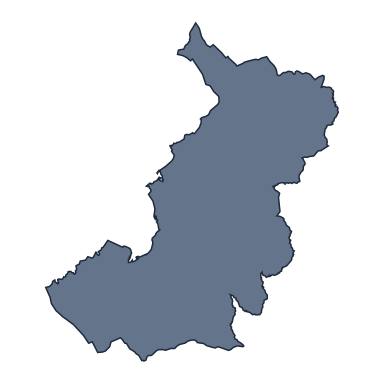 Zapayán, Magdalena, Colombia (Mercator projection)
{"feature_id": "7082276B87422252526741", "entity_name": "Zapayán", "entity_type": "district", "adm_level": 2, "iso_a3": "COL", "parent_name": "Colombia", "parent_adm1": "Magdalena", "projection": "mercator", "projection_center": [-74.689, 10.137], "detail": "fine", "context": "isolated", "style": "filled", "palette": "slate", "viewbox_px": 384, "rotation_deg": 0, "n_neighbors": 0, "source": "geoboundaries", "source_scale": "gbopen_adm2", "svg_char_len": 5997}
<svg xmlns="http://www.w3.org/2000/svg" viewBox="0 0 384 384"><path d="M88.6,343.2L92.3,341.9L97.7,352.5L102.7,352.0L105.6,350.9L109.7,346.7L111.0,341.9L120.4,337.8L122.5,339.8L124.8,343.2L126.5,343.4L129.7,348.8L134.5,351.7L136.2,353.8L138.8,355.4L141.8,360.6L143.2,360.4L143.9,361.0L145.8,360.3L147.2,356.5L148.9,355.4L150.8,355.6L152.1,354.9L156.5,350.7L158.3,349.7L163.2,349.6L165.5,350.3L170.7,348.5L174.7,348.5L177.2,345.9L179.9,344.4L185.3,343.0L187.6,341.2L191.8,340.0L195.4,340.2L197.4,342.6L203.6,343.5L206.8,345.7L209.1,346.4L215.1,348.0L218.1,346.7L228.6,350.4L230.9,349.5L233.4,347.3L237.4,345.9L242.9,346.7L243.6,346.3L243.7,345.6L241.1,343.2L237.7,341.2L237.2,339.9L235.0,338.8L234.3,337.0L235.0,335.7L233.0,332.5L232.3,330.1L231.4,329.5L231.5,327.0L230.2,325.3L230.5,324.3L231.1,324.3L231.4,322.6L232.1,322.5L233.4,316.6L235.2,314.4L234.7,312.5L235.7,310.9L235.2,310.1L235.4,308.1L232.7,306.7L232.9,305.7L232.1,304.5L232.6,301.0L231.9,298.5L231.0,297.7L231.0,295.9L230.3,294.7L233.3,295.9L234.0,297.5L236.0,298.2L235.9,299.3L236.7,300.6L237.9,301.3L239.7,306.5L242.3,307.8L243.4,310.4L244.9,310.5L245.0,311.4L246.7,311.5L246.7,311.0L247.7,312.0L249.5,312.2L252.7,314.7L255.0,314.2L255.8,314.9L259.8,314.6L261.4,312.4L261.7,309.1L262.8,307.1L262.6,304.3L263.8,302.9L264.2,300.2L265.6,299.4L266.5,299.5L267.3,298.4L267.2,294.9L265.5,292.8L264.9,290.5L262.8,288.0L263.4,287.4L262.8,287.2L263.1,286.7L262.1,286.4L263.2,282.1L261.9,281.0L261.9,280.0L261.0,278.8L261.6,277.8L260.8,276.8L260.7,273.8L262.1,272.3L262.1,273.6L263.2,275.4L265.0,275.7L266.4,277.4L267.7,276.5L269.1,276.5L269.3,275.2L270.3,276.2L272.2,274.7L274.5,275.3L277.6,274.1L278.2,272.8L278.8,273.2L279.6,272.8L280.2,271.5L281.6,271.0L281.5,269.9L282.7,267.9L282.4,267.6L286.6,265.9L291.4,260.3L292.0,257.3L293.2,255.8L292.9,255.2L293.7,254.6L292.9,253.4L294.2,250.8L292.6,250.1L292.5,248.2L291.3,247.2L290.8,244.2L289.5,243.2L290.0,242.5L289.9,240.9L290.5,240.9L290.7,240.2L289.5,239.3L289.0,237.1L290.1,235.8L290.0,234.1L290.8,233.6L291.5,231.3L290.1,230.4L289.4,227.7L286.3,225.0L285.6,222.9L283.6,219.9L284.0,219.0L282.9,217.8L279.8,216.3L276.8,215.9L280.0,211.6L278.5,197.4L279.6,193.3L277.3,191.2L275.1,190.2L273.3,186.7L274.3,187.1L275.2,186.0L274.8,185.6L277.9,184.7L277.8,183.8L280.8,182.8L283.9,182.7L284.3,183.7L285.3,184.0L285.4,183.3L286.5,182.6L288.4,183.3L290.2,182.6L291.9,183.5L293.5,182.3L297.0,183.3L297.8,182.1L299.8,181.5L298.9,176.2L300.6,172.7L303.1,170.1L303.5,165.9L304.8,164.8L305.1,163.2L303.2,159.2L302.1,158.0L304.3,157.1L307.4,157.3L309.5,156.5L313.7,156.0L318.1,150.9L320.8,150.7L328.3,145.9L327.1,145.2L326.8,143.5L327.3,142.0L326.7,139.1L325.4,137.7L324.2,135.1L325.1,129.1L326.5,127.6L326.7,126.1L328.0,125.1L330.8,125.0L332.9,124.0L332.0,122.7L333.7,121.1L334.7,117.9L336.1,116.9L338.3,112.1L337.5,110.1L338.0,108.2L336.8,106.4L335.7,106.6L335.1,106.1L335.9,104.8L334.9,103.9L335.1,102.9L334.4,102.6L335.2,102.1L334.1,101.6L333.1,99.1L333.4,98.5L332.8,98.4L333.4,97.9L332.6,97.3L333.3,95.5L332.6,94.1L333.3,93.9L332.8,93.0L333.6,91.8L333.4,90.8L331.5,89.2L331.3,88.1L329.0,87.1L326.8,87.4L323.8,86.5L321.2,87.3L324.0,79.4L324.1,76.1L322.7,75.4L318.4,77.1L314.9,79.8L310.1,74.3L306.1,72.8L302.5,73.9L298.6,71.4L296.7,71.0L295.3,72.0L294.9,74.0L293.7,74.1L292.0,71.9L288.8,71.3L287.5,71.5L286.5,72.4L283.8,72.5L281.8,73.6L280.6,75.1L278.1,75.6L277.2,74.4L276.2,69.4L274.1,65.7L269.9,61.5L266.7,56.7L261.2,58.2L258.6,59.8L255.5,59.3L247.7,61.2L244.2,62.3L243.0,63.4L236.8,66.0L235.9,64.5L229.0,58.3L228.0,56.5L225.7,57.8L221.5,52.6L213.2,44.7L210.2,47.1L206.4,44.8L204.2,40.5L203.2,39.7L201.5,36.5L199.3,28.4L195.7,23.0L190.2,32.1L189.6,34.4L190.3,37.3L189.5,39.6L189.8,41.0L188.4,42.3L187.9,43.7L185.5,45.3L183.7,49.2L178.9,49.9L178.2,50.8L177.5,54.4L182.6,55.5L186.7,57.6L190.6,60.8L192.4,59.0L202.5,74.2L205.9,84.4L210.1,85.8L213.7,91.5L218.8,96.5L219.1,102.2L217.8,104.4L210.5,110.7L208.6,114.7L205.8,116.4L201.8,117.6L200.4,119.0L201.1,119.7L201.2,122.4L199.5,127.3L194.7,133.4L193.8,133.7L192.7,132.7L189.3,134.7L186.3,134.4L184.8,135.3L184.1,139.0L179.2,142.1L176.8,142.5L175.9,143.6L173.8,143.2L172.8,145.2L170.0,145.6L170.2,146.4L171.3,146.3L170.9,148.0L172.3,149.8L171.5,151.2L174.3,155.4L173.2,158.8L171.7,161.0L165.7,166.3L160.0,170.2L159.0,170.3L156.9,172.9L157.4,173.6L157.8,172.4L160.2,170.9L160.9,174.2L162.4,176.1L161.8,178.1L162.8,178.8L162.4,179.3L163.3,180.2L162.7,181.6L158.9,179.8L158.8,179.4L159.7,179.5L159.8,178.5L160.7,178.0L159.2,177.2L156.9,180.5L153.9,181.9L153.2,183.3L151.1,184.1L150.8,183.3L149.8,183.2L146.4,186.2L147.5,186.5L147.8,185.6L148.7,186.1L149.4,188.0L150.7,189.4L150.9,191.4L148.5,194.4L153.0,201.2L154.9,208.8L154.0,216.7L155.4,219.6L154.3,215.3L156.1,216.3L156.7,219.8L155.5,220.0L157.4,220.0L157.3,221.5L156.5,222.0L157.9,223.8L158.7,229.0L159.8,229.6L159.1,230.7L157.8,231.2L156.0,233.4L155.4,235.3L152.2,238.3L152.0,240.3L152.6,241.0L152.8,243.5L151.3,249.4L148.5,252.9L147.1,254.0L146.4,253.9L145.8,254.9L144.8,254.8L138.6,257.5L138.5,256.5L136.7,256.7L136.1,257.2L136.6,258.1L137.0,257.6L137.6,258.1L138.0,257.5L138.1,258.8L137.3,258.5L137.0,259.1L136.6,258.2L136.8,259.3L135.1,261.0L132.6,261.7L132.3,260.1L130.6,262.3L128.5,262.5L128.5,259.4L129.0,259.7L129.7,258.8L129.4,257.5L130.2,257.5L129.7,256.3L130.8,255.8L130.8,254.4L131.6,253.4L130.8,250.1L129.8,248.4L124.9,246.2L123.3,246.3L122.8,247.3L107.8,240.4L103.2,247.3L101.7,247.9L101.3,249.8L98.4,251.6L99.6,254.1L99.1,255.2L98.2,255.4L96.9,254.0L96.7,252.5L95.8,252.2L93.6,256.8L92.3,258.2L87.8,256.7L85.6,260.1L80.2,261.1L79.4,264.0L76.0,265.8L76.7,269.5L75.4,271.1L75.8,272.5L74.9,274.1L73.7,273.9L73.5,272.8L71.4,272.5L71.0,271.5L68.8,271.5L67.9,272.0L67.9,273.2L65.8,275.1L65.8,276.4L65.2,277.0L63.7,276.8L62.7,279.0L61.5,279.3L58.6,279.0L57.7,279.6L58.5,283.4L57.9,283.8L55.2,281.9L54.8,280.0L52.8,281.3L51.9,284.2L49.3,286.6L45.7,287.4L50.1,297.4L51.4,303.5L55.9,310.5L62.7,316.7L73.6,324.7L83.5,335.5L88.6,343.2Z" fill="#64748b" stroke="#1e293b" stroke-width="1.5"/></svg>